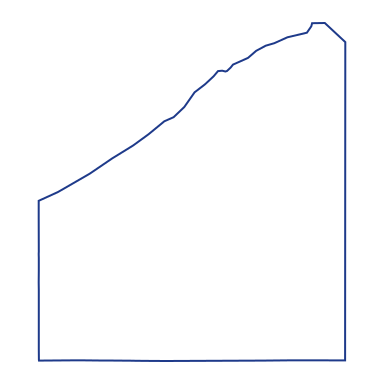 Chautauqua, New York, United States of America (Mercator projection)
{"feature_id": "52423323B8840369760606", "entity_name": "Chautauqua", "entity_type": "district", "adm_level": 2, "iso_a3": "USA", "parent_name": "United States of America", "parent_adm1": "New York", "projection": "mercator", "projection_center": [-79.482, 42.284], "detail": "fine", "context": "isolated", "style": "outline", "palette": "blue", "viewbox_px": 384, "rotation_deg": 0, "n_neighbors": 0, "source": "geoboundaries", "source_scale": "gbopen_adm2", "svg_char_len": 702}
<svg xmlns="http://www.w3.org/2000/svg" viewBox="0 0 384 384"><path d="M38.7,200.8L38.7,211.7L38.7,216.6L38.8,251.7L38.7,254.0L38.8,257.8L38.8,264.1L38.8,271.1L38.7,282.6L38.8,289.9L38.8,348.7L38.9,359.9L39.0,360.6L78.9,360.3L98.5,360.5L104.8,360.5L130.8,360.7L136.5,360.8L148.5,360.9L165.3,361.0L262.7,360.6L293.8,360.3L345.1,360.4L345.3,42.1L324.8,23.0L312.1,23.2L311.3,26.3L306.9,32.7L287.4,37.3L274.3,43.2L265.7,45.7L256.2,50.8L248.0,57.9L233.0,64.6L230.6,67.6L227.0,71.0L225.4,71.5L222.2,70.7L218.0,71.1L213.6,76.3L204.9,84.4L194.6,92.3L184.3,107.0L173.6,117.2L164.3,121.3L148.5,134.3L133.1,145.5L112.2,158.4L89.7,173.7L58.0,192.0L38.7,200.8Z" fill="none" stroke="#1e3a8a" stroke-width="2"/></svg>